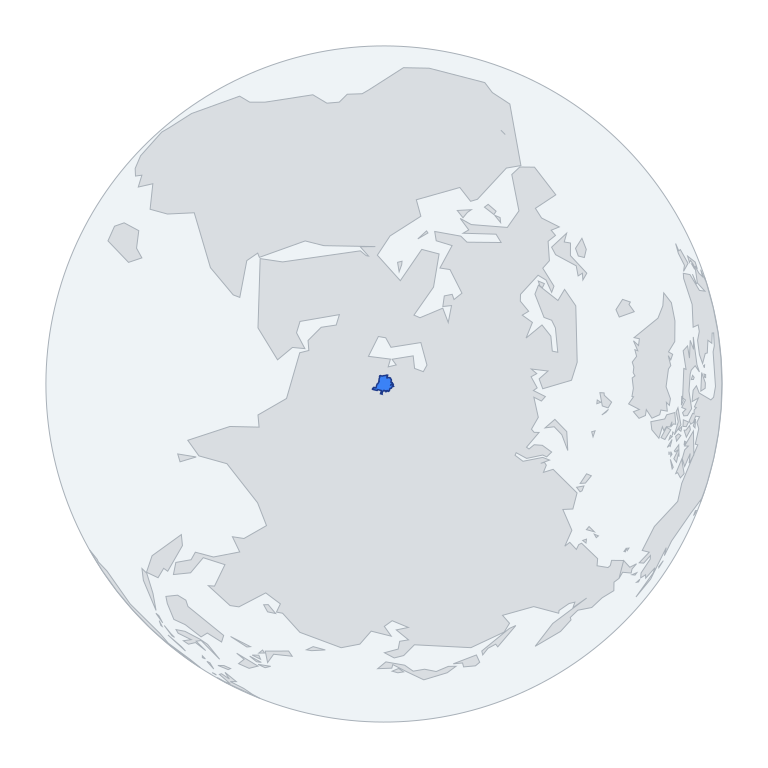 Tashauz highlighted on a globe, orthographic projection, rotated 106°
{"feature_id": "TKM-353", "entity_name": "Tashauz", "entity_type": "Province", "adm_level": 1, "iso_a3": "TKM", "parent_name": "Turkmenistan", "parent_adm1": "", "projection": "orthographic", "projection_center": [58.681, 41.132], "detail": "fine", "context": "on_globe", "style": "filled", "palette": "blue", "viewbox_px": 768, "rotation_deg": 106, "n_neighbors": 0, "source": "natural_earth", "source_scale": "10m", "svg_char_len": 13339}
<svg xmlns="http://www.w3.org/2000/svg" viewBox="0 0 768 768"><g transform="rotate(106 384 384)"><circle cx="384" cy="384" r="338" fill="#eef3f6" stroke="#a8b0b8"/><path d="M389.8,46.1L400.2,46.6L406.7,47.1L423.4,53.4L455.6,64.3L471.7,67.2L463.5,67.6L498.0,73.9L519.3,83.1L491.5,73.2L485.9,72.9L498.5,78.9L495.3,80.0L499.6,83.8L494.8,84.8L478.9,79.8L475.5,80.6L484.6,85.0L485.5,89.4L472.6,82.7L472.8,89.9L446.4,84.8L415.9,69.3L397.4,70.4L356.0,65.6L356.0,68.2L340.3,69.1L334.5,72.7L328.5,71.6L329.0,75.6L335.6,76.0L338.1,78.1L335.3,80.5L327.1,79.2L327.3,77.8L323.4,78.7L320.6,77.2L320.4,79.3L310.8,77.9L316.0,83.0L304.8,85.1L299.6,83.2L305.8,78.5L309.2,65.4L305.9,63.5L294.9,64.7L262.4,76.5L256.3,77.0L244.0,81.2L244.6,82.6L254.5,80.1L252.7,84.7L265.1,81.8L266.1,83.6L276.5,83.4L268.8,88.9L255.6,94.6L246.6,95.4L240.6,98.3L244.2,102.5L222.6,109.7L200.0,125.0L195.1,126.8L194.5,120.0L207.1,106.6L206.3,101.1L200.5,110.6L188.3,116.1L183.7,119.8L180.7,123.4L182.9,123.9L177.4,127.4L181.0,118.5L186.1,115.1L184.9,117.7L190.7,111.8L193.1,107.3L186.8,111.1L197.1,102.5L192.7,105.5L198.3,101.7L198.8,101.4L198.3,101.7L219.9,88.6L242.5,77.1L265.9,67.4L289.9,59.5L314.4,53.3L339.4,49.0L364.5,46.6L389.8,46.1ZM400.0,46.5L400.8,46.5L410.2,47.3L400.7,46.6L394.0,46.2L400.0,46.5ZM425.2,50.2L419.9,49.7L419.5,48.7L422.6,49.2L425.2,50.2ZM483.9,69.6L476.8,66.8L484.8,69.2L483.9,69.6ZM501.1,84.2L504.1,84.8L505.0,86.6L501.1,84.2ZM280.1,80.5L278.3,81.9L277.3,81.1L280.1,80.5ZM286.2,79.2L286.3,77.4L289.2,76.6L289.1,77.7L286.2,79.2ZM498.5,90.0L499.0,93.1L495.7,89.0L498.5,90.0ZM285.4,81.8L294.4,75.4L299.6,74.1L303.5,77.5L285.4,81.8ZM497.6,94.3L499.2,102.7L506.1,104.5L487.6,105.0L492.4,97.2L487.2,91.7L493.5,94.6L497.6,94.3ZM339.0,75.2L331.8,74.8L340.4,73.0L339.0,75.2ZM343.9,73.6L366.8,66.6L376.0,68.9L366.4,70.5L380.4,72.3L373.6,76.7L364.4,76.8L359.8,74.3L360.7,78.0L343.9,73.6ZM477.2,104.3L475.2,105.9L474.2,103.3L477.2,104.3ZM339.7,78.8L343.5,76.9L351.8,78.7L345.7,82.8L345.0,80.9L339.7,78.8ZM387.4,70.8L392.5,73.2L388.3,77.3L389.7,78.9L374.3,77.1L387.4,70.8ZM341.7,81.7L342.3,84.9L335.9,86.4L336.6,80.8L341.7,81.7ZM356.5,77.6L360.1,78.7L356.1,79.3L356.5,77.6ZM313.4,94.5L317.7,91.7L322.4,92.3L313.4,94.5ZM343.0,86.1L345.2,85.6L347.6,85.6L346.7,88.1L343.0,86.1ZM372.5,80.4L369.7,81.8L378.6,81.3L375.9,84.8L366.0,83.1L369.1,85.4L368.3,86.5L361.2,83.9L372.5,80.4ZM352.8,90.9L339.3,90.7L330.2,95.5L325.8,94.9L341.3,87.4L352.8,90.9ZM358.3,87.0L353.9,89.2L350.7,87.2L351.7,84.4L358.3,87.0ZM377.5,88.0L384.3,83.0L386.2,83.6L377.5,88.0ZM350.7,92.6L354.0,92.7L350.5,93.2L350.7,92.6ZM370.0,89.7L372.1,87.8L374.3,88.5L370.0,89.7ZM358.8,94.7L354.5,94.5L355.1,92.4L358.8,94.7ZM364.5,92.7L366.9,94.2L357.9,91.8L365.1,91.7L364.5,92.7ZM371.7,90.7L373.6,90.5L370.5,91.5L371.7,90.7ZM359.2,102.9L347.7,100.4L349.0,95.7L359.9,98.7L359.2,102.9ZM68.0,427.7L66.5,370.2L74.0,360.2L80.2,340.2L136.3,312.6L142.7,325.9L180.7,345.1L184.5,351.1L174.2,365.3L198.0,403.7L212.6,394.8L240.0,419.0L262.0,425.9L280.2,396.8L244.2,384.8L243.8,366.9L277.2,363.1L309.5,374.2L310.4,367.7L294.9,348.4L307.2,339.2L290.0,340.7L293.3,348.8L282.7,350.3L279.0,343.2L283.5,340.0L275.2,334.1L255.8,352.1L257.1,362.2L232.2,356.7L231.9,373.3L223.4,377.3L220.7,350.9L224.8,343.3L215.7,310.4L209.1,317.6L217.3,349.6L212.5,345.0L203.8,356.4L206.7,344.1L199.5,308.6L180.4,302.0L147.4,318.9L138.0,313.3L134.1,299.1L154.8,271.0L173.4,286.9L181.0,278.3L184.7,258.8L190.1,265.7L193.9,260.1L201.6,265.6L219.9,259.0L228.9,263.3L243.1,247.6L249.7,248.1L239.4,256.9L237.0,265.9L260.2,277.5L266.8,275.8L274.2,265.0L279.7,270.1L283.9,258.3L300.7,260.1L283.7,248.4L292.0,236.8L306.0,231.3L305.6,225.7L282.8,234.7L276.5,240.4L275.9,248.5L256.0,263.7L246.4,262.8L255.8,239.8L243.3,236.5L256.0,221.2L309.8,204.3L328.7,204.8L344.8,230.1L336.3,236.3L326.3,229.9L329.0,246.6L331.9,240.0L336.5,244.6L345.5,235.7L349.1,238.6L351.6,225.4L357.0,228.0L355.4,236.3L373.5,226.5L386.8,229.8L389.1,226.3L387.8,221.6L405.5,229.6L406.5,226.7L401.0,222.9L399.3,214.9L403.2,204.1L409.2,207.5L408.5,211.8L416.2,226.4L413.6,238.0L416.4,238.4L420.0,229.1L410.8,211.2L411.5,203.9L417.1,211.5L415.1,208.2L417.3,205.6L425.0,206.4L419.4,197.9L435.5,168.4L452.1,168.0L455.3,177.5L472.8,163.1L490.1,165.5L485.0,161.8L490.0,153.5L484.7,152.5L482.6,150.2L493.0,130.5L500.0,129.1L498.7,118.1L496.1,116.4L490.8,116.6L487.6,105.0L506.1,104.5L511.1,108.3L519.3,106.1L529.4,115.4L541.6,122.7L548.0,135.3L557.1,140.6L559.2,139.2L573.2,146.1L594.5,166.4L567.7,155.8L533.9,130.2L546.9,140.7L541.1,140.4L544.0,145.6L553.4,153.3L556.2,152.9L556.7,178.7L573.7,206.3L579.4,197.4L589.3,200.1L613.5,227.8L626.3,282.9L639.6,290.2L644.5,298.7L642.2,309.5L634.9,297.3L627.0,298.0L623.2,289.9L617.0,304.4L611.3,293.5L609.3,310.9L616.9,316.9L624.4,307.5L625.1,328.2L640.7,335.5L649.3,352.5L645.9,396.4L632.3,418.3L632.9,424.5L623.9,423.0L617.4,440.1L638.2,462.0L639.4,470.9L626.3,497.3L625.0,491.2L601.5,487.1L600.8,509.9L618.8,517.9L625.2,533.9L612.9,534.9L606.1,521.0L597.7,519.0L597.3,500.2L585.2,476.4L572.6,487.6L571.1,476.0L552.5,457.9L533.0,472.8L503.9,513.0L504.1,542.1L492.2,557.1L467.3,520.4L459.9,492.2L448.5,496.6L424.8,473.7L377.2,473.6L372.5,465.5L363.1,469.0L346.8,460.0L340.5,446.2L329.6,446.0L347.0,482.0L358.9,482.2L371.8,469.8L374.1,482.1L390.1,493.0L364.8,520.6L297.6,537.6L294.6,515.1L262.5,443.4L265.5,436.6L265.5,435.7L265.3,434.1L258.6,444.7L254.3,430.2L267.6,480.0L268.2,499.2L296.6,538.7L293.0,541.5L303.2,549.9L340.5,546.5L339.9,553.5L320.0,582.9L271.7,613.6L280.3,639.0L280.5,657.0L255.2,661.4L262.4,674.5L250.0,674.3L252.6,680.2L245.4,682.6L231.7,680.9L203.1,667.1L197.4,661.6L177.0,643.5L147.1,602.1L150.1,590.7L145.9,576.1L125.6,532.1L129.8,516.3L125.4,504.7L115.6,499.2L111.0,485.0L105.6,479.8L74.6,452.5L68.0,427.7ZM110.8,336.2L107.8,341.6L110.8,336.2ZM339.9,402.5L361.7,406.6L358.3,384.7L366.4,384.7L362.3,377.5L358.0,383.1L348.9,363.7L360.6,358.9L361.3,349.6L354.0,347.9L334.0,360.0L346.8,387.4L339.1,395.1L339.9,402.5ZM188.1,116.6L187.7,117.4L183.8,121.4L183.9,120.2L188.1,116.6ZM177.2,137.1L168.6,142.4L174.7,137.4L173.1,136.2L184.2,125.0L193.2,127.1L187.1,127.9L177.2,137.1ZM201.4,111.6L193.4,117.8L201.8,110.9L201.4,111.6ZM207.2,226.3L207.4,232.5L200.8,237.3L189.4,233.9L198.8,226.7L207.2,226.3ZM209.2,240.2L221.6,219.6L229.2,221.5L222.8,223.8L226.6,227.2L217.4,231.8L212.4,254.7L206.3,260.6L188.7,250.0L197.8,249.9L197.1,243.6L209.2,240.2ZM240.0,170.4L245.5,163.4L254.8,176.3L248.6,181.5L236.9,178.0L237.3,169.8L240.0,170.4ZM290.6,89.8L292.1,87.7L294.4,87.8L295.0,89.8L290.6,89.8ZM315.0,93.1L286.4,100.1L286.7,97.7L269.6,105.6L263.7,102.7L274.9,97.5L257.6,101.7L265.4,95.9L253.5,99.7L279.2,88.5L285.5,84.1L280.7,89.9L286.0,92.5L290.2,92.4L306.7,88.9L322.9,81.5L330.7,83.6L332.0,87.0L329.3,89.1L325.0,86.9L324.5,91.3L316.3,89.8L315.0,93.1ZM341.9,136.6L338.1,131.5L335.7,143.4L327.5,140.6L327.7,142.2L319.4,143.1L309.8,147.1L307.0,145.0L304.4,147.6L298.9,148.5L294.5,151.4L287.8,148.8L281.9,152.3L282.1,149.2L273.7,156.1L276.9,149.9L270.1,151.0L270.5,156.4L245.2,138.8L232.0,137.5L219.3,140.2L226.6,130.2L243.2,121.7L263.1,116.2L274.7,119.4L275.9,114.7L281.8,115.0L278.4,118.6L287.2,113.4L291.2,114.7L308.9,112.1L319.2,104.6L325.9,103.8L323.8,107.5L332.0,104.2L332.7,110.7L337.5,110.5L343.0,117.0L336.3,124.8L342.2,124.0L346.7,129.4L341.9,136.6ZM360.4,104.8L354.2,113.9L346.7,117.1L340.2,104.5L335.7,103.8L331.3,96.6L342.3,92.4L342.6,94.7L345.4,96.1L340.8,96.8L346.5,97.3L347.1,100.7L351.7,102.1L348.4,104.6L360.4,104.8ZM192.4,348.1L196.0,351.1L202.4,353.9L197.0,361.4L192.4,348.1ZM187.0,323.9L190.8,325.0L186.3,336.2L182.6,333.4L187.0,323.9ZM196.7,316.4L191.3,324.2L192.0,318.3L196.7,316.4ZM243.3,257.5L247.8,258.3L246.7,261.2L242.5,264.1L243.3,257.5ZM332.8,174.1L331.9,170.0L334.1,169.2L338.7,160.2L345.2,162.0L344.9,168.1L332.8,174.1ZM271.9,400.4L263.3,404.5L261.0,400.5L264.4,399.9L271.9,400.4ZM226.7,383.4L235.2,391.5L225.1,385.3L226.7,383.4ZM340.6,174.6L341.8,170.5L344.3,174.0L340.6,174.6ZM350.1,162.9L353.7,166.1L346.5,161.2L350.1,162.9ZM337.5,663.1L322.5,688.8L306.6,686.5L300.7,678.2L304.2,662.0L321.7,659.3L329.5,651.5L337.5,663.1ZM673.4,534.9L678.1,530.5L677.7,531.8L673.4,534.9ZM668.7,536.6L674.6,530.9L667.2,540.1L668.7,536.6ZM676.7,528.7L682.7,520.1L685.3,515.5L684.5,518.4L676.7,528.7ZM664.5,540.7L639.0,561.2L628.1,565.8L631.3,559.9L648.9,548.4L664.5,540.7ZM630.4,560.4L613.0,559.6L584.6,537.3L594.9,533.2L623.6,540.3L621.9,545.0L632.5,547.8L630.4,560.4ZM670.1,508.8L668.2,521.1L654.7,531.8L648.3,535.1L643.9,524.2L646.4,514.9L651.9,511.1L669.9,468.8L676.8,469.0L672.1,485.2L677.5,490.1L670.1,508.8ZM505.9,544.4L515.0,558.6L508.1,563.0L505.9,544.4ZM674.6,443.3L669.0,461.9L673.3,440.0L674.6,443.3ZM675.5,424.7L677.2,430.2L673.2,427.4L675.5,424.7ZM635.1,433.1L629.4,438.8L628.0,434.5L634.5,424.9L635.1,433.1ZM655.8,367.1L660.3,380.1L660.9,385.3L656.0,379.7L655.8,367.1ZM397.3,189.0L383.7,199.1L378.2,208.6L381.8,217.1L370.9,210.0L379.4,195.2L397.3,189.0ZM430.2,170.4L426.9,163.7L432.1,164.2L433.6,165.8L430.2,170.4ZM425.5,168.0L414.5,164.5L415.1,159.4L423.7,163.1L425.5,168.0ZM377.2,168.5L372.7,171.2L370.8,168.2L377.2,168.5ZM624.5,621.4L631.5,611.5L633.8,609.5L640.0,598.9L665.4,567.4L685.5,530.7L692.6,519.9L702.2,494.4L707.3,482.2L702.8,496.0L693.7,519.1L683.0,541.5L670.6,563.0L656.7,583.6L641.3,603.1L624.5,621.4ZM684.8,522.5L692.3,506.3L695.4,501.2L684.8,522.5ZM714.6,454.1L712.1,463.4L714.1,454.8L714.5,449.2L708.5,462.2L707.3,460.3L710.2,451.3L705.0,457.4L710.8,443.9L712.4,449.7L715.3,434.9L718.5,425.2L720.3,417.0L720.3,416.7L714.6,454.1ZM709.2,466.8L710.0,464.8L708.8,469.7L709.2,466.8ZM697.5,479.9L697.1,483.2L695.3,483.7L697.5,479.9ZM700.0,474.5L704.9,469.1L699.4,477.8L700.0,474.5ZM681.0,489.0L683.0,493.7L689.4,481.9L684.5,493.9L688.0,500.2L686.1,506.1L682.9,498.9L680.3,513.2L677.4,516.2L676.6,507.2L680.0,490.6L682.9,481.8L693.9,466.1L681.0,489.0ZM700.3,466.1L698.8,460.2L699.8,453.0L701.5,455.0L700.3,466.1ZM692.9,446.7L687.2,442.6L683.4,451.4L689.9,427.4L694.5,435.3L692.9,446.7ZM686.1,430.0L682.6,438.1L685.4,425.2L686.1,430.0ZM680.9,436.0L679.2,429.6L682.6,426.8L680.9,436.0ZM688.2,427.8L686.6,415.1L689.5,420.1L688.2,427.8ZM674.2,415.6L683.9,419.1L673.5,424.5L667.0,402.1L671.0,397.2L674.2,415.6ZM657.8,297.0L653.4,291.5L655.3,285.8L657.8,291.1L657.8,297.0ZM657.4,264.2L654.4,282.5L651.3,298.2L655.0,298.2L659.4,311.6L650.6,305.6L648.6,286.6L652.0,276.8L647.0,266.4L646.0,254.6L637.7,244.3L635.5,237.0L644.1,243.6L657.4,264.2ZM633.9,240.3L619.0,220.5L625.1,215.3L629.7,218.4L634.0,229.5L630.5,231.6L633.9,240.3ZM617.2,214.4L613.7,216.4L584.4,196.1L579.8,190.7L605.3,202.2L603.3,204.9L609.4,211.2L617.2,214.4ZM478.8,107.2L475.5,106.0L478.8,105.7L478.8,107.2ZM479.6,149.9L477.3,146.6L481.2,146.0L479.6,149.9ZM473.2,137.6L470.4,140.5L470.9,136.0L473.2,137.6ZM464.5,147.6L468.1,141.0L468.2,149.3L464.5,147.6Z" fill="#d9dde1" stroke="#a8b0b8" stroke-width="1"/><path d="M383.6,374.2L383.7,374.3L384.6,375.4L384.9,375.7L385.2,375.8L385.4,375.8L385.6,375.8L385.8,375.7L386.0,375.8L386.3,376.1L386.4,376.3L386.5,376.7L386.5,376.8L386.9,376.9L387.0,377.0L387.3,377.2L387.5,377.2L388.4,377.0L388.8,377.1L389.0,377.0L389.3,377.2L389.4,377.4L389.6,377.5L389.8,377.6L389.9,377.8L389.7,378.0L389.7,378.3L389.7,378.5L389.8,378.8L389.5,378.9L389.4,378.9L389.4,379.0L389.5,379.2L390.2,379.3L390.3,379.4L390.4,379.6L390.5,379.6L390.7,379.8L390.8,379.9L390.9,380.0L390.7,380.2L390.4,380.0L390.2,380.0L390.0,380.3L390.1,380.5L390.2,380.8L390.5,381.2L390.5,381.3L390.3,381.4L390.2,381.5L390.1,382.2L390.1,382.3L390.3,382.4L390.7,382.7L391.2,382.9L391.4,383.1L391.7,383.3L391.8,383.4L392.0,383.4L392.8,383.2L393.7,383.2L394.0,383.2L394.2,383.5L394.2,383.4L394.3,383.3L394.3,384.4L394.3,384.5L394.2,384.6L391.0,384.7L391.1,388.5L392.0,388.7L392.1,388.8L392.2,390.6L392.3,392.5L392.3,393.6L391.8,393.7L391.6,393.7L391.5,393.4L391.4,393.4L391.4,393.2L391.3,392.9L391.2,392.8L390.9,392.9L390.7,392.8L390.6,393.0L390.4,393.1L390.0,392.8L390.0,392.7L390.0,390.7L389.9,390.6L387.4,390.7L386.3,390.6L385.9,390.6L385.7,390.4L385.4,390.0L383.6,389.6L383.4,389.5L383.1,389.4L382.7,389.4L382.6,389.5L382.5,389.8L382.0,389.7L380.9,390.0L380.4,390.1L378.6,390.0L378.3,390.1L378.2,390.2L378.0,390.4L377.7,390.4L377.4,390.3L377.4,390.2L377.2,390.2L377.1,389.8L376.9,389.7L377.0,389.0L377.0,388.8L376.8,388.3L376.7,387.5L376.6,387.3L376.3,387.0L376.2,386.9L376.1,386.7L376.0,386.4L375.5,385.1L375.4,384.9L375.2,384.7L375.0,384.4L375.0,384.2L374.9,384.2L374.7,384.0L374.6,383.6L374.5,383.3L374.5,383.1L374.5,382.9L375.6,383.0L376.1,383.1L376.6,383.2L376.8,382.9L377.1,382.7L377.3,382.6L377.2,382.5L377.0,382.4L376.9,382.4L376.7,382.1L376.6,381.8L376.6,381.6L376.6,381.4L376.5,381.1L376.4,380.9L376.4,380.7L376.5,380.5L376.5,380.3L376.4,379.8L376.4,379.6L376.5,379.4L377.0,379.2L377.3,378.9L377.5,378.4L377.9,378.1L378.3,377.9L378.7,377.9L379.4,378.0L379.6,377.9L379.8,377.8L380.2,377.8L380.3,377.8L380.4,377.7L380.3,377.4L380.5,377.4L380.7,376.9L380.8,376.8L380.8,376.7L380.7,376.5L380.6,376.3L380.8,376.2L381.0,376.0L381.1,375.9L381.3,375.9L381.4,376.0L381.5,376.2L381.8,376.1L382.0,376.1L382.4,376.3L382.6,376.4L382.7,376.6L382.8,376.8L382.7,376.9L382.7,377.0L382.8,377.2L383.1,377.2L382.9,376.8L382.6,376.2L382.4,375.8L382.2,375.6L381.7,375.4L381.6,375.2L381.9,375.0L382.1,374.8L382.3,374.8L382.7,375.0L383.0,375.1L383.4,375.0L383.5,374.9L383.5,374.4L383.6,374.2Z" fill="#3b82f6" stroke="#1e3a8a" stroke-width="1.5"/></g></svg>